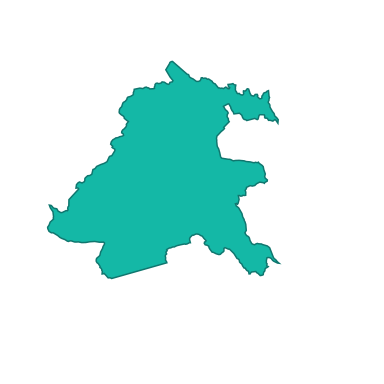 the district of Jequié, Bahia, Brazil, rotated 313°
{"feature_id": "56859067B57487356001023", "entity_name": "Jequié", "entity_type": "district", "adm_level": 2, "iso_a3": "BRA", "parent_name": "Brazil", "parent_adm1": "Bahia", "projection": "natural_earth1", "projection_center": [-40.087, -13.948], "detail": "fine", "context": "isolated", "style": "filled", "palette": "teal", "viewbox_px": 384, "rotation_deg": 313, "n_neighbors": 0, "source": "geoboundaries", "source_scale": "gbopen_adm2", "svg_char_len": 6035}
<svg xmlns="http://www.w3.org/2000/svg" viewBox="0 0 384 384"><g transform="rotate(313 192 192)"><path d="M259.1,220.2L258.2,219.9L257.6,219.2L257.0,218.1L256.0,217.7L255.2,216.7L253.7,214.0L251.2,210.8L250.3,208.8L247.3,204.9L244.7,202.3L243.0,201.0L242.4,199.5L242.2,198.4L241.6,197.2L240.6,196.1L237.0,190.7L237.1,189.1L239.7,185.4L241.7,182.1L242.4,179.8L243.0,178.8L245.9,175.5L246.9,174.7L247.6,173.6L249.8,172.1L256.0,172.1L259.2,172.5L260.6,172.4L260.9,171.1L268.8,171.3L269.2,169.7L270.3,168.7L271.0,166.3L272.9,164.8L273.9,164.9L274.7,164.2L275.1,162.6L275.0,160.2L276.1,156.6L280.5,158.0L281.6,158.8L280.4,162.6L279.7,163.4L278.8,165.9L278.7,167.4L277.7,169.4L282.0,173.0L282.1,176.1L281.0,178.2L280.6,179.7L280.7,180.8L281.5,182.0L281.6,183.3L288.6,187.7L289.4,190.3L290.3,190.6L293.8,188.8L294.8,188.9L296.6,190.9L297.7,192.3L297.1,193.5L296.3,193.9L295.9,195.1L296.7,195.9L297.2,197.0L296.6,199.1L297.7,200.2L299.0,202.8L301.6,203.3L301.6,204.7L300.9,207.9L303.7,205.7L304.2,202.8L304.0,201.8L304.2,200.3L305.1,199.1L305.5,197.9L305.7,196.1L307.0,191.9L307.5,190.8L308.7,189.7L309.1,188.6L309.2,187.5L309.7,186.4L311.7,185.7L312.6,184.8L314.0,184.3L314.4,183.2L318.3,178.8L316.8,178.1L315.6,178.2L314.2,177.4L313.1,177.0L311.1,177.7L309.9,177.7L308.1,179.1L307.1,178.6L306.4,178.0L306.3,176.4L306.4,174.8L307.5,174.2L307.9,173.1L306.5,171.7L304.2,171.8L303.0,169.5L303.8,167.0L305.9,163.2L305.3,162.1L304.3,161.9L303.1,162.3L302.1,162.0L301.1,160.7L300.1,161.4L299.6,162.4L298.5,163.0L297.3,162.8L296.6,161.7L296.2,160.5L296.3,159.2L295.2,158.5L295.0,157.3L295.5,156.5L295.7,155.2L296.4,153.9L297.7,152.9L298.5,151.9L299.4,151.7L300.1,151.0L299.2,149.8L299.2,148.0L297.7,147.1L295.2,145.0L293.8,147.1L294.1,148.3L293.1,148.8L292.2,148.1L291.9,147.1L292.1,146.1L291.7,145.1L289.1,144.5L288.3,142.9L287.4,142.4L286.9,141.2L286.1,140.3L286.9,135.1L286.4,134.1L286.2,132.3L286.7,131.4L286.0,127.1L284.9,126.3L284.9,125.0L284.2,123.8L282.7,122.7L282.7,121.7L281.8,120.9L280.0,121.8L278.8,122.0L277.4,121.4L275.9,119.8L275.4,115.4L274.9,114.2L274.4,111.9L275.5,109.4L274.8,108.0L274.2,88.7L273.2,87.9L271.7,87.5L270.6,88.0L263.5,89.5L261.1,97.7L260.5,102.1L259.2,102.5L257.1,101.1L255.8,101.7L254.5,101.2L253.8,99.3L253.5,97.0L252.1,95.0L250.8,95.1L249.4,94.4L248.4,93.5L247.9,92.3L246.9,91.6L245.5,91.6L244.2,92.6L243.0,92.9L242.2,93.9L241.3,93.4L238.6,90.8L238.6,89.3L237.9,88.4L237.6,87.1L236.4,86.2L234.2,85.6L232.4,83.0L227.7,79.7L226.5,80.6L224.5,81.4L223.6,82.4L222.5,82.6L219.9,81.8L217.7,80.4L216.3,80.5L215.3,81.2L213.8,81.3L212.7,81.3L210.8,80.7L209.8,80.8L206.4,82.4L204.2,82.3L202.4,82.9L201.7,83.7L200.8,84.1L200.2,85.1L200.2,87.4L200.7,90.0L200.4,91.5L199.7,92.2L199.9,95.8L200.2,97.4L196.7,97.8L196.1,98.7L194.6,99.3L191.6,99.3L190.2,99.0L188.5,99.3L187.3,100.2L187.6,102.0L186.8,103.3L185.6,103.1L183.1,101.4L181.4,100.8L179.4,99.3L178.3,99.2L176.3,98.5L173.8,98.7L171.5,99.9L171.4,102.8L170.1,103.1L170.2,104.5L170.7,106.3L169.7,107.4L163.8,108.6L162.3,107.6L161.3,107.5L156.2,109.2L153.0,108.2L150.0,106.6L145.6,104.8L143.8,105.1L142.5,105.0L140.9,104.2L136.7,106.6L134.5,106.1L132.7,104.6L129.6,104.3L128.6,104.6L127.3,105.8L126.0,106.2L123.6,105.4L122.6,102.9L121.1,102.4L118.6,102.5L115.7,104.5L117.1,105.7L116.9,107.1L102.5,107.2L97.8,111.4L96.5,111.5L95.2,112.3L94.5,113.4L93.4,113.7L92.5,112.6L88.6,111.1L87.5,110.2L86.7,107.1L87.5,104.6L87.0,103.6L86.3,102.8L85.8,101.2L86.1,99.5L86.1,98.1L85.1,96.6L83.7,99.4L82.7,103.8L79.5,107.6L78.3,108.3L77.8,109.2L73.3,108.8L70.1,110.1L67.8,110.4L66.8,111.6L65.7,114.3L66.2,116.9L67.5,118.3L68.6,123.5L68.7,126.4L69.2,128.3L70.6,131.7L71.0,134.2L71.6,135.4L72.7,135.9L73.8,136.8L75.3,140.1L76.2,141.2L78.1,143.0L79.8,145.9L82.7,148.8L85.8,151.1L89.5,154.6L92.2,158.6L95.0,161.5L95.1,162.7L94.0,163.6L91.6,164.1L89.6,165.1L85.8,166.1L83.1,167.7L82.1,167.9L78.4,167.5L76.9,168.3L75.9,169.4L75.5,170.9L75.7,172.3L74.9,175.5L74.0,176.1L74.2,177.5L73.8,178.8L73.1,179.6L72.8,180.6L70.7,182.1L71.4,182.8L72.5,183.2L72.4,185.9L72.0,189.2L73.5,190.7L73.9,192.2L123.1,221.9L123.8,220.7L124.0,219.2L126.2,217.3L126.9,216.1L128.0,215.6L129.4,215.7L130.0,214.2L130.9,213.8L132.1,213.9L132.6,212.7L135.8,213.7L136.5,214.5L138.7,215.4L139.7,216.5L142.3,217.5L145.1,219.3L148.8,221.9L149.4,222.9L150.6,223.8L153.1,224.7L153.8,225.4L155.3,223.0L156.2,222.1L157.5,221.6L160.6,221.7L161.5,222.6L163.7,223.4L164.7,224.3L165.8,226.1L166.0,227.8L166.7,229.7L166.2,232.3L166.0,235.5L165.0,235.8L164.0,235.3L162.8,236.0L162.4,237.7L163.3,239.2L163.8,241.2L162.9,242.4L162.4,243.9L161.7,247.7L162.4,248.7L163.3,251.8L164.6,254.4L165.7,255.2L168.3,255.4L169.5,255.7L170.6,255.6L172.5,253.8L173.8,254.1L175.0,257.5L175.8,258.4L175.6,264.6L174.1,270.2L174.6,271.7L174.5,272.8L173.2,274.6L173.1,276.0L173.3,277.5L172.5,279.3L171.9,281.9L172.7,283.1L172.2,284.1L172.0,285.7L172.5,287.4L171.0,289.6L171.9,290.4L173.0,290.0L174.1,290.1L177.4,292.9L177.1,294.3L177.5,295.7L177.4,298.9L178.7,299.9L180.1,300.5L181.3,299.6L182.6,299.1L183.9,299.1L185.6,297.9L186.7,297.9L188.6,298.6L189.5,298.6L188.9,297.0L190.7,295.9L190.8,294.8L192.8,293.0L195.0,291.7L195.9,292.2L196.9,293.5L197.4,295.1L197.0,297.6L197.1,298.9L198.3,302.9L199.3,304.3L199.2,302.1L199.6,299.2L199.3,297.5L199.8,295.9L203.8,287.6L204.2,286.7L203.9,283.8L201.7,279.5L201.4,278.3L199.6,276.1L198.9,274.8L197.5,274.1L196.2,273.8L195.4,272.4L195.0,270.9L196.1,267.5L197.4,265.5L197.8,264.3L197.8,263.3L197.4,261.8L197.6,260.3L198.3,258.5L200.9,257.9L205.0,253.4L206.3,251.1L206.8,249.6L207.5,248.8L208.3,246.2L210.3,243.2L212.2,237.1L212.2,235.8L211.9,234.1L213.0,231.8L214.0,232.4L214.0,233.6L215.0,233.5L218.7,231.5L221.0,228.3L221.8,229.1L222.1,230.3L223.1,231.3L224.3,231.5L225.2,232.7L226.2,233.5L228.6,231.4L229.5,229.7L231.5,229.5L232.5,228.7L236.2,230.1L237.5,232.1L239.6,233.5L242.1,233.6L245.4,234.8L247.5,237.9L247.7,239.0L248.8,238.8L251.2,239.6L252.2,238.9L252.1,236.0L252.9,234.6L255.2,233.3L257.3,229.3L259.1,226.8L259.3,225.3L258.8,221.5L259.1,220.2Z" fill="#14b8a6" stroke="#0f766e" stroke-width="1.5"/></g></svg>